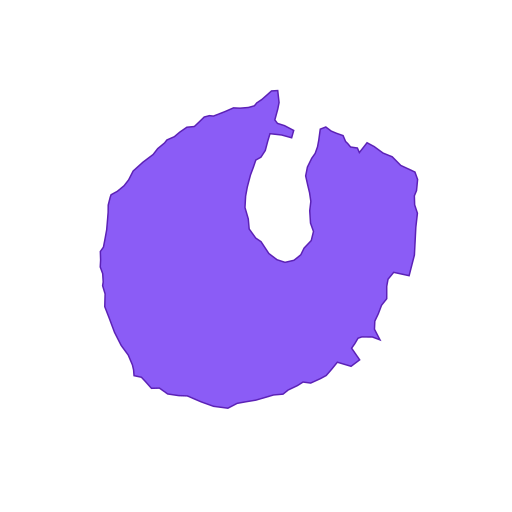 Ureparapara, Torba, Vanuatu (orthographic projection), rotated 314°
{"feature_id": "77236927B65524271778963", "entity_name": "Ureparapara", "entity_type": "district", "adm_level": 2, "iso_a3": "VUT", "parent_name": "Vanuatu", "parent_adm1": "Torba", "projection": "orthographic", "projection_center": [167.335, -13.537], "detail": "fine", "context": "isolated", "style": "filled", "palette": "violet", "viewbox_px": 512, "rotation_deg": 314, "n_neighbors": 0, "source": "geoboundaries", "source_scale": "gbopen_adm2", "svg_char_len": 2008}
<svg xmlns="http://www.w3.org/2000/svg" viewBox="0 0 512 512"><g transform="rotate(314 256 256)"><path d="M85.2,251.4L89.2,257.8L88.9,263.5L88.2,272.7L93.9,278.3L95.4,288.3L101.9,297.4L107.6,303.7L113.0,317.9L118.4,329.9L127.0,341.5L136.9,344.8L144.0,349.9L152.2,356.0L168.3,365.2L175.4,371.4L181.9,372.2L191.5,375.8L198.0,377.4L202.6,383.6L212.5,387.5L218.8,389.5L226.9,389.1L236.1,388.3L242.7,401.0L253.3,402.7L256.1,388.8L261.4,388.0L267.7,386.5L271.3,388.3L278.6,396.0L281.8,403.4L285.6,392.1L291.7,386.7L299.4,384.1L307.8,380.5L316.1,379.7L325.0,371.1L331.0,367.1L339.9,366.4L348.2,379.8L366.7,369.3L387.7,351.0L398.9,342.4L403.0,334.6L409.3,328.1L414.6,326.0L423.3,319.1L426.8,312.0L421.7,297.2L422.0,285.1L418.3,275.9L416.8,265.0L414.6,257.2L402.2,258.5L404.1,253.9L400.1,248.3L400.6,243.8L400.6,240.9L403.1,235.0L400.2,228.7L398.1,223.3L397.3,216.6L391.9,214.1L382.9,220.7L377.3,224.4L370.9,227.3L365.0,228.2L355.7,231.2L348.1,236.1L342.9,244.0L338.7,250.6L333.4,257.5L325.9,263.2L317.5,272.4L313.6,280.3L305.5,285.0L295.1,285.1L288.0,287.4L279.3,286.3L271.6,281.3L267.9,273.7L266.7,263.5L269.8,249.6L268.7,243.3L270.7,232.3L277.3,224.7L283.2,214.4L291.9,206.9L299.6,201.8L310.5,195.7L317.9,192.5L324.9,189.2L330.5,190.9L338.3,189.4L346.7,184.7L353.7,181.1L360.8,190.3L365.8,199.5L372.5,195.9L369.6,186.0L366.3,179.3L367.0,175.0L376.8,169.6L382.4,166.0L390.1,156.7L385.5,152.5L372.8,151.5L366.8,150.2L362.9,150.5L357.6,147.4L351.2,141.8L346.9,136.9L338.4,133.4L327.1,128.2L324.6,125.0L320.0,122.2L313.0,122.0L306.3,121.7L300.6,116.8L292.1,115.1L285.1,114.4L277.6,111.3L273.8,111.7L265.0,110.7L257.6,111.5L244.9,109.5L231.8,108.6L222.3,111.5L214.9,112.3L206.1,111.3L199.4,109.2L197.0,110.3L190.0,114.3L184.7,119.3L179.1,123.9L171.1,130.4L163.0,135.8L156.4,140.1L151.1,140.9L145.2,147.0L139.9,151.6L136.8,158.0L131.2,164.1L128.1,166.3L123.9,173.8L114.5,182.4L109.3,193.7L102.8,207.3L98.0,221.2L96.0,232.9L91.8,242.8L89.0,247.1L85.2,251.4Z" fill="#8b5cf6" stroke="#5b21b6" stroke-width="1.5"/></g></svg>